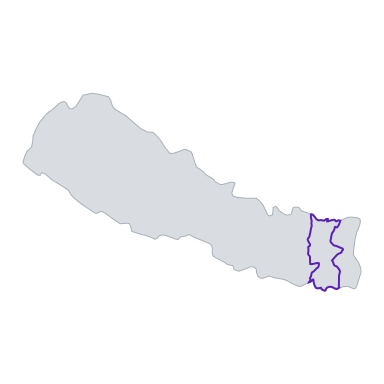 Bhojpur on a map of Nepal (orthographic projection)
{"feature_id": "NPL-1134", "entity_name": "Bhojpur", "entity_type": "District", "adm_level": 1, "iso_a3": "NPL", "parent_name": "Nepal", "parent_adm1": "", "projection": "orthographic", "projection_center": [87.293, 27.148], "detail": "fine", "context": "in_parent", "style": "outline", "palette": "violet", "viewbox_px": 384, "rotation_deg": 0, "n_neighbors": 0, "source": "natural_earth", "source_scale": "10m", "svg_char_len": 4854}
<svg xmlns="http://www.w3.org/2000/svg" viewBox="0 0 384 384"><path d="M358.4,218.0L360.1,219.3L360.3,221.4L360.0,223.8L358.3,228.9L356.7,232.5L354.9,240.0L353.3,253.1L353.7,255.4L358.8,262.9L360.8,268.6L361.0,272.5L358.9,279.1L356.5,286.6L355.3,288.3L354.0,288.9L347.7,286.3L343.5,286.7L338.6,288.1L333.4,287.9L329.2,287.0L323.8,290.0L318.7,288.4L315.4,286.5L313.2,281.4L312.3,280.7L301.4,286.1L298.8,286.4L292.1,283.5L286.6,280.5L284.6,279.7L279.3,278.5L274.5,277.8L269.4,276.0L262.9,278.2L260.3,278.0L257.9,276.3L256.6,272.8L256.4,269.5L254.2,267.2L250.8,266.7L246.0,268.6L239.1,271.2L236.8,270.7L234.8,269.9L234.0,269.2L233.1,266.1L232.0,265.4L230.4,265.3L227.6,264.5L224.1,262.1L213.5,256.5L212.3,254.0L212.4,248.7L211.9,246.5L210.6,244.1L205.2,241.7L194.7,237.6L188.9,234.5L186.1,235.8L180.7,236.9L177.7,239.6L174.3,238.6L166.1,235.5L161.8,234.9L159.1,235.8L158.4,237.4L155.0,239.2L151.8,237.6L145.6,235.4L140.1,234.1L131.8,231.4L131.0,227.6L129.7,223.9L127.7,223.2L120.2,223.7L113.5,219.4L106.3,213.9L103.3,212.1L101.2,211.4L99.4,212.0L97.4,213.1L95.5,213.3L91.6,210.9L86.6,207.5L80.6,203.4L73.5,197.6L70.7,194.4L69.4,192.0L68.0,189.8L61.8,185.9L57.0,182.9L51.1,179.2L50.1,178.4L48.0,176.3L44.6,173.6L41.8,172.7L40.8,174.0L40.0,175.5L37.5,175.0L33.8,172.2L29.9,169.3L26.8,166.6L23.7,163.8L23.0,161.9L24.8,156.1L27.0,151.1L28.6,150.1L31.5,146.9L32.8,141.1L33.0,136.1L36.0,129.2L39.9,121.9L46.4,114.1L49.2,111.6L52.2,109.9L58.1,104.3L59.3,103.4L61.9,102.0L64.3,101.7L66.0,102.6L67.7,105.8L69.8,108.8L72.5,108.8L75.9,106.4L83.1,95.2L92.4,93.2L101.1,94.8L108.7,96.8L110.8,100.8L112.1,104.9L113.0,107.0L115.4,109.6L126.0,115.8L132.2,121.3L140.7,128.6L147.2,132.0L153.0,132.4L156.2,135.3L161.0,140.9L164.9,147.4L170.0,153.4L173.7,153.3L178.7,151.5L184.8,149.2L188.3,150.5L191.5,152.2L192.6,155.3L194.4,161.1L196.4,167.0L199.9,169.2L203.9,172.3L206.1,174.8L213.7,179.4L214.8,181.3L216.3,182.5L218.2,183.3L219.7,184.3L222.2,184.6L231.1,182.1L233.5,182.5L234.9,183.0L234.9,184.0L233.2,188.1L231.8,193.4L233.1,196.1L236.9,197.3L245.2,198.2L256.4,198.3L259.7,201.1L263.1,205.2L266.4,212.1L267.7,215.1L269.4,216.0L272.4,214.8L272.9,212.0L273.1,207.7L275.5,206.3L277.1,207.4L278.9,210.7L283.5,213.7L286.9,215.2L290.1,214.7L291.4,213.6L293.0,207.8L295.6,207.0L298.7,207.4L300.0,208.6L301.2,210.9L305.1,212.0L308.9,213.5L312.6,215.4L317.7,219.7L323.9,220.4L331.2,220.3L335.1,220.4L337.9,220.7L340.4,220.4L347.9,217.3L351.0,217.1L354.8,217.4L358.4,218.0Z" fill="#d9dde1" stroke="#a8b0b8" stroke-width="1"/><path d="M311.2,214.2L312.0,214.3L313.0,214.9L314.3,216.3L316.6,219.4L318.3,220.3L319.4,220.3L321.5,220.1L323.9,220.7L324.9,220.1L325.8,219.3L327.0,218.9L327.9,219.1L327.7,219.8L327.2,220.6L327.2,221.3L328.0,221.3L331.7,220.2L333.4,219.8L334.1,219.7L334.9,220.0L335.1,220.2L335.3,220.6L335.5,221.0L335.8,221.2L336.5,221.3L337.9,220.5L338.5,220.3L339.5,220.5L340.3,220.8L339.3,223.7L338.4,225.6L337.7,226.6L337.2,227.2L336.8,227.4L336.5,227.4L336.2,227.3L335.9,227.1L335.6,226.9L335.3,226.8L335.0,227.0L334.8,227.3L334.4,229.0L334.0,230.3L333.5,231.2L332.7,232.2L332.2,233.0L331.9,233.8L331.4,235.7L331.0,238.5L330.7,239.7L330.5,240.6L330.5,241.3L330.7,241.9L330.9,242.3L333.5,245.1L333.8,245.3L334.2,245.5L336.1,245.9L340.2,247.6L342.0,248.3L342.7,248.7L342.9,249.1L342.9,249.4L343.0,249.7L342.9,249.9L342.6,250.2L342.0,250.8L341.8,251.2L341.7,251.7L341.6,252.1L341.4,252.4L341.0,252.7L340.7,252.9L338.8,253.6L338.3,253.9L337.2,254.7L334.8,257.2L332.8,259.6L332.0,260.4L332.9,261.8L333.9,264.6L334.2,265.1L334.6,265.5L335.3,265.9L337.0,266.6L339.2,269.5L339.8,270.8L339.9,271.1L339.9,271.9L339.0,275.9L338.9,286.2L339.0,287.0L339.2,287.6L338.2,288.4L336.6,289.1L335.1,288.7L332.0,287.0L330.7,286.8L329.3,286.8L327.9,287.2L326.7,287.9L326.3,288.6L325.5,290.3L324.9,290.8L324.4,290.7L322.6,289.9L322.0,289.5L321.6,288.9L321.3,288.2L320.9,287.7L319.6,288.1L317.3,288.4L316.1,287.9L315.1,286.6L314.4,285.0L314.0,283.6L313.5,281.2L313.5,280.4L313.3,279.5L312.8,279.5L312.2,280.1L310.9,281.4L310.4,281.8L308.8,282.4L308.9,282.0L309.9,281.1L310.2,280.6L310.3,280.2L310.3,279.7L310.2,279.2L310.1,278.8L309.9,278.3L310.2,277.8L310.8,276.7L311.8,272.7L312.4,272.1L313.4,271.7L316.4,268.6L317.5,267.8L318.1,267.3L318.4,266.8L318.4,266.5L318.7,265.5L318.8,265.1L319.0,264.2L318.9,263.3L318.2,263.0L316.7,263.1L311.6,264.2L310.2,264.0L309.9,256.8L309.7,256.2L309.2,255.6L308.4,254.8L308.2,254.2L308.1,253.4L308.4,250.6L308.5,249.7L308.2,247.6L308.4,246.8L308.6,246.6L308.9,246.4L309.3,246.2L309.6,246.0L309.8,245.7L310.0,245.4L310.0,244.8L309.9,244.0L308.2,241.1L307.7,239.4L307.9,238.7L308.0,238.4L308.8,237.5L309.3,236.9L309.4,236.5L309.8,234.5L310.0,233.9L310.9,229.1L311.6,226.3L311.7,225.8L311.7,225.2L311.4,223.2L311.5,222.1L311.7,221.2L311.7,220.9L311.6,220.5L311.3,219.5L310.9,217.4L311.0,214.4L311.2,214.2Z" fill="none" stroke="#5b21b6" stroke-width="2"/></svg>